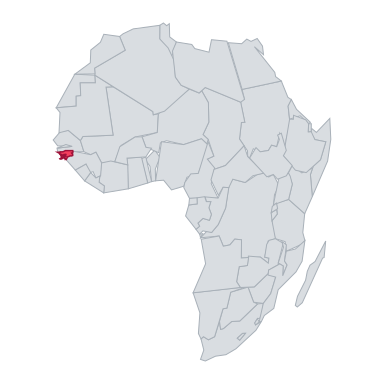 where Guinea-Bissau sits in Africa
{"feature_id": "GNB", "entity_name": "Guinea-Bissau", "entity_type": "country or territory", "adm_level": 0, "iso_a3": "GNB", "parent_name": "Africa", "parent_adm1": "", "projection": "orthographic", "projection_center": [-15.403, 11.81], "detail": "fine", "context": "in_parent", "style": "filled", "palette": "rose", "viewbox_px": 384, "rotation_deg": 0, "n_neighbors": 49, "source": "natural_earth", "source_scale": "50m", "svg_char_len": 11661}
<svg xmlns="http://www.w3.org/2000/svg" viewBox="0 0 384 384"><path d="M288.6,199.4L304.7,213.7L302.8,232.6L304.9,240.6L302.1,244.1L286.3,251.2L285.1,241.6L275.4,238.7L272.3,230.6L272.0,220.8L277.3,214.0L276.5,203.1L288.6,199.4Z" fill="#d9dde1" stroke="#a8b0b8" stroke-width="1"/><path d="M95.0,75.2L95.4,82.8L80.2,82.8L80.7,95.7L76.2,96.2L76.2,106.1L56.2,107.8L74.8,74.2L95.0,75.2Z" fill="#d9dde1" stroke="#a8b0b8" stroke-width="1"/><path d="M272.0,220.8L275.4,238.7L268.1,241.1L264.7,257.2L268.9,258.1L268.3,263.2L260.4,257.1L241.3,258.0L241.5,239.8L234.8,239.1L229.9,244.9L223.3,246.2L219.1,236.0L200.6,237.8L207.3,230.7L211.6,232.5L218.2,224.6L225.6,208.1L229.1,184.0L232.8,179.2L245.2,182.5L257.8,174.1L264.4,173.0L268.7,177.0L273.3,174.5L279.1,185.6L274.5,194.7L272.0,220.8Z" fill="#d9dde1" stroke="#a8b0b8" stroke-width="1"/><path d="M312.3,196.6L310.4,174.6L313.3,166.2L320.5,159.7L325.8,141.8L314.9,139.6L310.9,133.6L311.7,128.5L316.4,132.4L329.8,118.4L330.8,139.3L327.6,161.1L312.3,196.6Z" fill="#d9dde1" stroke="#a8b0b8" stroke-width="1"/><path d="M304.7,213.7L288.6,199.4L292.3,184.1L288.4,173.0L292.2,165.5L301.8,172.9L312.6,168.0L310.4,174.6L312.3,196.6L304.7,213.7Z" fill="#d9dde1" stroke="#a8b0b8" stroke-width="1"/><path d="M252.4,159.6L249.2,157.9L247.7,156.6L247.5,150.8L239.5,139.0L241.4,122.5L244.8,122.3L240.2,100.1L244.5,99.4L242.1,89.4L281.3,81.0L287.9,97.3L291.4,99.6L288.1,106.1L290.0,123.7L286.0,140.2L286.3,150.4L279.7,133.2L276.7,146.7L271.6,145.2L268.4,150.5L260.2,151.8L253.3,148.8L249.6,158.1L252.4,159.6Z" fill="#d9dde1" stroke="#a8b0b8" stroke-width="1"/><path d="M240.7,102.2L244.8,122.3L241.4,122.5L239.5,139.0L244.1,145.8L225.5,165.5L214.0,169.4L207.3,159.1L213.8,156.1L208.2,139.4L203.0,134.6L208.8,122.2L208.4,102.7L201.7,90.8L205.2,87.5L240.7,102.2Z" fill="#d9dde1" stroke="#a8b0b8" stroke-width="1"/><path d="M201.0,338.9L203.5,336.7L208.4,339.8L214.6,336.7L219.5,321.4L220.6,329.4L223.4,328.6L231.7,321.5L239.8,321.0L257.6,303.9L263.3,303.4L262.5,312.1L259.8,318.4L257.5,318.5L254.7,323.0L255.6,324.9L261.4,321.5L255.9,330.3L235.9,348.8L225.9,354.7L215.5,356.2L205.3,361.0L200.5,359.4L203.8,350.1L201.0,338.9ZM245.4,333.3L242.6,333.4L237.3,338.2L239.7,340.2L245.4,333.3Z" fill="#d9dde1" stroke="#a8b0b8" stroke-width="1"/><path d="M245.4,333.3L239.7,340.2L237.3,338.2L242.6,333.4L245.4,333.3Z" fill="#d9dde1" stroke="#a8b0b8" stroke-width="1"/><path d="M263.3,303.4L253.6,302.2L248.0,287.1L254.3,286.9L268.3,273.4L275.7,277.1L270.7,293.6L263.3,303.4Z" fill="#d9dde1" stroke="#a8b0b8" stroke-width="1"/><path d="M257.6,303.9L239.8,321.0L231.7,321.5L223.4,328.6L220.6,329.4L219.5,321.4L223.0,308.8L226.9,308.1L230.7,292.2L248.0,287.1L253.6,302.2L257.6,303.9Z" fill="#d9dde1" stroke="#a8b0b8" stroke-width="1"/><path d="M223.0,308.8L214.6,336.7L208.4,339.8L203.5,336.7L201.0,338.9L198.4,333.5L199.9,312.9L193.1,292.8L247.4,286.5L230.7,292.2L226.9,308.1L223.0,308.8Z" fill="#d9dde1" stroke="#a8b0b8" stroke-width="1"/><path d="M57.7,145.9L53.2,140.0L60.7,131.2L68.3,130.4L80.4,140.5L83.9,151.7L57.8,152.1L57.0,148.2L72.1,146.4L57.7,145.9Z" fill="#d9dde1" stroke="#a8b0b8" stroke-width="1"/><path d="M83.9,151.7L80.4,140.5L82.9,136.5L113.1,135.2L106.0,87.1L113.1,86.8L152.9,111.6L153.3,114.8L158.4,113.9L157.3,132.5L135.1,137.0L121.1,145.4L114.8,161.7L101.6,162.9L95.9,152.2L90.7,154.7L83.9,151.7Z" fill="#d9dde1" stroke="#a8b0b8" stroke-width="1"/><path d="M56.2,107.8L76.2,106.1L76.2,96.2L80.7,95.7L80.2,82.8L95.4,82.8L95.0,75.2L113.1,86.8L106.0,87.1L113.1,135.2L82.9,136.5L80.4,140.5L68.3,130.4L59.0,132.8L60.0,112.5L56.2,107.8Z" fill="#d9dde1" stroke="#a8b0b8" stroke-width="1"/><path d="M155.6,180.8L151.6,181.6L150.0,166.3L145.3,159.7L154.8,150.0L159.9,157.4L155.3,169.2L155.6,180.8Z" fill="#d9dde1" stroke="#a8b0b8" stroke-width="1"/><path d="M201.7,90.8L208.4,102.7L208.8,122.2L203.0,134.6L208.2,139.4L206.9,143.9L201.5,138.8L183.6,144.6L166.5,140.7L160.4,142.9L158.7,152.7L145.9,147.3L142.0,136.8L157.3,132.5L158.4,113.9L189.2,89.1L199.1,93.0L201.7,90.8Z" fill="#d9dde1" stroke="#a8b0b8" stroke-width="1"/><path d="M155.6,180.8L161.5,141.7L183.6,144.6L201.5,138.8L208.9,145.8L198.3,173.4L186.9,177.3L183.8,186.2L171.5,189.9L163.6,180.2L155.6,180.8Z" fill="#d9dde1" stroke="#a8b0b8" stroke-width="1"/><path d="M208.1,141.8L213.8,156.1L207.3,159.1L214.6,167.9L211.2,183.6L218.1,198.1L189.5,198.4L183.8,187.6L184.8,182.5L190.8,173.9L198.3,173.4L208.1,141.8Z" fill="#d9dde1" stroke="#a8b0b8" stroke-width="1"/><path d="M145.8,156.9L151.6,181.6L147.7,183.0L141.3,158.7L145.8,156.9Z" fill="#d9dde1" stroke="#a8b0b8" stroke-width="1"/><path d="M141.5,157.1L147.7,183.0L128.3,188.8L127.0,158.1L141.5,157.1Z" fill="#d9dde1" stroke="#a8b0b8" stroke-width="1"/><path d="M101.6,162.9L110.8,161.0L127.8,164.9L128.3,188.8L103.7,192.9L104.4,186.0L99.1,182.3L101.6,162.9Z" fill="#d9dde1" stroke="#a8b0b8" stroke-width="1"/><path d="M72.8,151.1L90.7,154.7L95.9,152.2L101.6,162.9L100.6,175.9L95.9,178.0L93.1,171.7L89.3,172.8L86.0,164.1L75.3,170.1L65.6,159.1L72.8,151.1Z" fill="#d9dde1" stroke="#a8b0b8" stroke-width="1"/><path d="M99.8,176.0L99.1,182.3L104.4,186.0L103.7,192.9L84.6,180.9L90.7,172.5L95.9,178.0L99.8,176.0Z" fill="#d9dde1" stroke="#a8b0b8" stroke-width="1"/><path d="M75.3,170.1L86.0,164.1L90.7,172.5L84.6,180.9L75.3,170.1Z" fill="#d9dde1" stroke="#a8b0b8" stroke-width="1"/><path d="M114.8,161.7L119.8,146.7L135.1,137.0L142.0,136.8L145.9,147.3L151.5,148.2L145.8,156.9L127.0,158.1L127.8,164.9L114.8,161.7Z" fill="#d9dde1" stroke="#a8b0b8" stroke-width="1"/><path d="M264.4,173.0L253.0,175.7L245.2,182.5L232.8,179.2L228.8,187.6L223.1,187.3L218.4,195.3L211.0,179.9L214.0,169.4L225.5,165.5L244.1,145.8L247.7,156.6L264.4,173.0Z" fill="#d9dde1" stroke="#a8b0b8" stroke-width="1"/><path d="M228.8,187.6L225.6,208.1L218.2,224.6L211.6,232.5L202.9,230.9L199.6,234.2L196.0,229.3L199.6,226.2L197.9,223.1L203.0,218.4L209.4,220.3L211.4,214.4L208.9,207.8L210.8,201.7L206.3,201.6L205.3,196.9L218.1,198.1L223.1,187.3L228.8,187.6Z" fill="#d9dde1" stroke="#a8b0b8" stroke-width="1"/><path d="M197.0,197.8L204.7,196.7L206.3,201.6L210.8,201.7L208.9,207.8L211.4,214.4L209.4,220.3L203.0,218.4L197.9,223.1L199.6,226.2L196.0,229.3L185.6,216.0L188.8,205.0L197.2,203.9L197.0,197.8Z" fill="#d9dde1" stroke="#a8b0b8" stroke-width="1"/><path d="M189.5,198.4L197.0,197.8L197.2,203.9L188.8,205.0L189.5,198.4Z" fill="#d9dde1" stroke="#a8b0b8" stroke-width="1"/><path d="M275.4,238.7L283.2,243.3L278.2,263.1L279.8,263.9L268.6,270.1L268.3,273.4L254.3,286.9L240.4,287.5L236.6,281.7L239.2,266.7L247.4,265.5L248.4,256.1L260.4,257.1L268.3,263.2L268.9,258.1L264.7,257.2L266.7,244.4L269.1,240.3L275.4,238.7Z" fill="#d9dde1" stroke="#a8b0b8" stroke-width="1"/><path d="M281.9,241.5L286.4,244.8L284.5,261.0L287.1,265.0L282.7,275.8L283.2,266.0L278.2,263.1L283.5,247.2L281.9,241.5Z" fill="#d9dde1" stroke="#a8b0b8" stroke-width="1"/><path d="M286.3,251.2L295.4,249.0L304.9,240.6L302.1,261.2L296.0,271.9L278.2,289.7L273.8,308.4L264.3,315.5L261.4,321.5L259.1,322.0L263.3,303.4L270.7,293.6L275.7,277.1L268.1,275.1L268.6,270.1L279.8,263.9L283.2,266.0L282.7,275.8L287.1,265.0L284.5,261.0L286.3,251.2Z" fill="#d9dde1" stroke="#a8b0b8" stroke-width="1"/><path d="M259.1,322.0L255.6,324.9L254.7,323.0L257.5,318.5L259.1,322.0Z" fill="#d9dde1" stroke="#a8b0b8" stroke-width="1"/><path d="M199.6,234.2L202.8,233.6L200.6,237.8L199.6,234.2ZM201.2,239.2L219.1,236.0L223.3,246.2L229.9,244.9L234.8,239.1L241.5,239.8L241.3,258.0L248.6,257.5L247.4,265.5L239.2,266.7L236.6,281.7L240.4,287.5L193.1,292.8L205.6,263.8L201.2,239.2Z" fill="#d9dde1" stroke="#a8b0b8" stroke-width="1"/><path d="M276.5,209.5L277.3,214.0L272.0,220.8L271.2,212.7L276.5,209.5Z" fill="#d9dde1" stroke="#a8b0b8" stroke-width="1"/><path d="M325.7,241.0L324.1,257.5L322.6,258.1L302.3,302.7L297.3,307.0L295.3,305.4L297.5,296.3L305.6,280.2L307.3,271.3L310.0,265.2L315.1,261.5L325.7,241.0Z" fill="#d9dde1" stroke="#a8b0b8" stroke-width="1"/><path d="M57.0,148.2L65.9,144.5L72.1,146.4L57.0,148.2Z" fill="#d9dde1" stroke="#a8b0b8" stroke-width="1"/><path d="M171.8,56.4L159.7,38.9L159.8,25.3L163.4,23.0L166.7,25.7L169.3,23.7L169.7,36.9L176.4,42.0L171.8,56.4Z" fill="#d9dde1" stroke="#a8b0b8" stroke-width="1"/><path d="M95.0,75.2L94.6,68.1L125.2,50.2L119.6,36.5L123.2,33.7L133.2,28.9L159.8,25.3L159.7,38.9L168.1,47.9L174.1,60.5L175.4,77.1L181.2,85.3L189.2,89.1L164.5,111.2L153.3,114.8L152.9,111.6L95.0,75.2Z" fill="#d9dde1" stroke="#a8b0b8" stroke-width="1"/><path d="M289.6,119.2L288.1,106.1L291.4,99.6L296.5,109.3L310.4,122.3L308.6,123.8L300.2,115.8L289.6,119.2Z" fill="#d9dde1" stroke="#a8b0b8" stroke-width="1"/><path d="M74.8,74.2L90.3,62.8L90.8,50.0L100.4,42.3L103.8,34.3L119.6,36.5L125.2,50.2L94.6,68.1L95.0,73.9L74.8,74.2Z" fill="#d9dde1" stroke="#a8b0b8" stroke-width="1"/><path d="M281.3,81.0L242.1,89.4L228.3,42.7L241.7,43.7L246.8,39.1L251.0,41.4L257.2,38.5L262.5,46.1L263.5,54.7L254.4,46.7L274.8,72.4L275.6,76.6L281.3,81.0Z" fill="#d9dde1" stroke="#a8b0b8" stroke-width="1"/><path d="M226.9,41.2L244.5,99.4L240.7,102.2L205.2,87.5L199.1,93.0L181.2,85.3L175.4,77.1L172.5,51.0L176.4,42.0L191.8,44.5L194.8,48.6L209.0,52.2L211.5,39.7L226.9,41.2Z" fill="#d9dde1" stroke="#a8b0b8" stroke-width="1"/><path d="M325.8,141.8L320.5,159.7L306.2,172.6L295.4,170.2L283.4,155.8L289.6,119.2L293.4,119.3L293.5,115.3L305.7,119.8L308.6,123.8L308.3,131.8L311.2,131.6L314.9,139.6L325.8,141.8Z" fill="#d9dde1" stroke="#a8b0b8" stroke-width="1"/><path d="M308.6,123.8L311.3,123.7L311.2,131.6L308.3,131.8L308.6,123.8Z" fill="#d9dde1" stroke="#a8b0b8" stroke-width="1"/><path d="M288.6,199.4L273.4,204.7L279.0,177.5L288.4,173.0L290.2,176.1L292.3,184.1L288.6,199.4Z" fill="#d9dde1" stroke="#a8b0b8" stroke-width="1"/><path d="M276.5,203.1L277.6,208.6L271.2,212.7L272.3,206.4L276.5,203.1Z" fill="#d9dde1" stroke="#a8b0b8" stroke-width="1"/><path d="M277.6,179.2L273.3,174.5L266.9,176.8L249.6,158.1L256.0,147.6L260.2,151.8L268.4,150.5L271.6,145.2L276.7,146.7L279.4,139.4L277.6,135.1L281.3,133.2L286.3,150.4L283.4,155.8L292.2,165.5L286.4,175.8L277.6,179.2Z" fill="#d9dde1" stroke="#a8b0b8" stroke-width="1"/><path d="M57.6,152.3L57.9,152.3L58.6,152.3L59.1,152.2L59.5,152.1L60.0,151.9L60.5,151.8L62.0,151.9L63.4,151.6L64.4,151.1L65.3,150.6L66.5,150.6L67.8,150.6L69.6,150.6L71.0,150.6L72.7,150.6L72.7,151.1L73.0,151.6L72.9,152.1L72.8,152.5L72.7,152.7L72.5,152.8L72.1,152.8L71.9,152.9L71.6,153.0L71.8,153.4L72.0,153.6L72.3,153.8L72.7,154.1L72.7,154.3L72.7,155.0L72.7,155.5L71.6,155.9L70.7,155.9L70.0,155.9L69.7,156.0L69.1,156.4L68.3,156.7L67.9,156.7L67.7,156.8L67.4,157.2L66.6,158.9L66.3,159.4L66.1,159.6L65.8,159.3L66.0,158.6L65.8,158.6L65.4,159.1L65.2,159.2L65.2,158.5L64.7,158.5L64.3,158.2L64.3,157.9L64.3,157.6L64.5,157.4L64.3,157.2L64.0,157.3L63.9,157.2L64.1,156.7L65.0,156.4L65.5,156.3L65.9,156.2L65.7,155.9L65.1,155.8L64.7,155.9L64.5,156.1L64.2,156.1L63.8,155.6L63.8,155.3L63.9,155.0L64.2,154.8L65.2,154.8L65.6,154.6L65.8,154.6L65.9,154.4L65.7,154.3L65.3,154.5L64.1,154.4L63.7,154.6L63.0,155.1L62.1,155.4L61.5,155.2L61.7,154.6L61.4,154.4L60.5,154.6L59.8,154.3L59.6,153.9L59.6,153.4L60.0,153.1L60.0,152.9L59.7,152.9L59.0,153.1L57.6,152.3ZM60.6,159.0L60.2,159.1L60.1,158.8L60.0,158.7L60.3,158.6L60.5,158.4L60.8,158.3L61.0,158.7L60.9,158.9L60.6,159.0ZM61.7,156.9L61.5,157.1L61.2,157.0L61.1,156.8L61.1,156.6L61.4,156.2L61.7,156.3L61.7,156.9ZM61.3,154.8L61.0,155.4L60.7,155.3L60.5,154.9L61.1,154.7L61.3,154.8ZM62.6,158.2L62.6,158.4L62.4,158.4L62.5,157.9L62.9,157.8L63.0,157.8L62.9,158.0L62.6,158.2ZM63.5,156.5L63.4,156.7L63.2,156.6L63.6,156.1L63.8,156.0L63.8,156.4L63.6,156.5L63.5,156.5ZM61.8,158.9L61.7,159.0L61.4,159.0L61.5,158.9L61.4,158.8L61.5,158.4L61.7,158.5L61.8,158.9Z" fill="#f43f5e" stroke="#9f1239" stroke-width="1.5"/></svg>